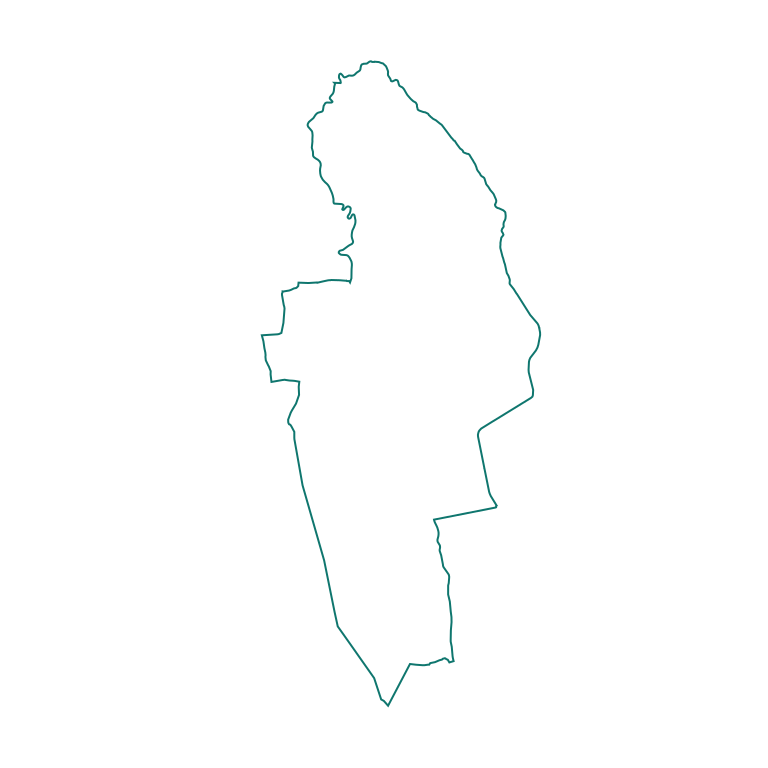 Weststellingwerf, Friesland, Netherlands, rotated 111°
{"feature_id": "6326949B61615489066760", "entity_name": "Weststellingwerf", "entity_type": "district", "adm_level": 2, "iso_a3": "NLD", "parent_name": "Netherlands", "parent_adm1": "Friesland", "projection": "albers", "projection_center": [6.005, 52.872], "detail": "fine", "context": "isolated", "style": "outline", "palette": "teal", "viewbox_px": 768, "rotation_deg": 111, "n_neighbors": 0, "source": "geoboundaries", "source_scale": "gbopen_adm2", "svg_char_len": 6094}
<svg xmlns="http://www.w3.org/2000/svg" viewBox="0 0 768 768"><g transform="rotate(111 384 384)"><path d="M252.3,292.2L252.1,292.7L248.9,296.9L245.9,302.0L245.5,302.5L244.9,302.9L242.1,303.7L241.2,304.2L238.4,306.6L236.4,309.1L228.9,314.0L227.3,315.4L223.7,318.0L222.6,319.0L215.4,324.1L214.0,324.7L212.2,325.2L210.5,325.9L206.0,326.8L205.2,326.9L202.5,326.0L201.8,326.0L200.3,327.4L199.5,328.6L198.6,329.2L196.8,329.3L194.7,328.7L193.8,328.8L192.3,329.6L190.8,330.0L189.7,330.1L187.4,329.8L186.0,329.9L183.5,330.6L180.4,332.2L180.0,332.6L179.1,334.8L179.0,336.4L178.8,339.6L179.0,341.2L178.5,343.0L178.1,343.6L177.6,344.2L176.6,344.7L176.2,344.5L175.7,344.6L174.0,344.5L172.6,344.9L171.5,345.7L167.5,349.6L166.6,351.0L165.0,354.0L162.3,357.6L161.7,358.8L160.8,360.2L156.3,363.7L155.7,364.4L155.3,365.6L155.0,367.4L154.3,368.7L153.1,370.0L151.2,373.1L150.1,374.3L148.7,375.3L146.2,377.6L144.6,379.7L143.1,381.5L142.2,382.8L139.3,386.5L139.0,387.7L139.3,389.0L139.3,392.1L139.0,393.2L138.0,394.0L137.4,395.3L136.9,397.3L134.0,401.9L131.6,405.2L131.7,406.0L131.4,406.6L130.5,408.0L129.9,409.4L121.8,422.3L121.3,423.2L120.9,424.9L119.2,430.1L118.9,432.7L118.7,433.7L118.2,434.9L117.8,436.3L117.3,437.2L116.9,438.4L116.0,439.5L115.9,439.9L115.7,441.6L115.6,443.0L115.8,443.8L116.0,444.8L116.1,449.0L115.8,450.6L115.4,451.1L114.5,451.6L113.4,452.5L111.4,453.4L110.0,455.1L109.8,455.8L109.5,458.0L108.4,460.9L107.7,462.3L106.4,464.7L106.0,465.5L104.9,467.0L101.7,470.9L101.1,471.9L100.5,473.2L100.2,475.9L100.0,476.5L99.0,477.5L96.4,479.4L95.8,480.2L95.7,481.0L95.9,482.1L98.4,484.5L98.6,485.1L98.6,485.9L98.5,486.1L96.7,487.6L95.3,489.6L94.4,490.8L93.0,491.5L91.2,492.0L90.0,492.8L87.7,494.9L86.6,496.1L86.4,496.6L85.1,499.8L85.1,500.2L85.3,501.2L85.3,504.2L86.5,508.3L86.8,508.4L87.6,510.5L87.4,511.5L87.6,512.2L88.3,513.1L90.8,514.7L91.3,515.4L92.3,517.7L93.6,519.2L94.7,519.5L96.5,519.3L98.9,518.8L99.9,518.9L100.8,519.4L103.0,521.0L105.8,522.3L106.7,523.0L107.3,523.7L107.9,525.0L108.3,526.6L108.6,527.3L111.1,529.6L111.9,530.8L111.9,531.2L111.8,531.7L110.4,533.9L109.9,535.2L109.8,535.6L109.9,535.9L110.6,536.5L111.8,536.6L113.8,536.0L114.8,535.3L116.0,533.7L116.4,533.4L118.0,532.4L118.6,532.4L120.6,538.3L120.9,537.7L121.4,537.3L124.2,537.0L128.2,535.9L129.8,535.7L131.3,535.8L134.9,537.1L136.0,537.2L136.7,537.0L137.1,536.7L138.6,533.6L138.9,533.3L139.3,533.3L140.0,533.8L140.7,535.4L141.7,538.2L142.2,538.9L143.0,539.5L146.0,540.0L150.3,539.1L151.3,539.2L152.1,539.7L152.7,540.5L154.3,542.7L155.6,543.7L157.4,544.4L161.1,545.2L166.2,548.0L167.8,548.3L168.9,548.3L170.0,547.9L171.0,547.0L173.5,542.4L174.0,541.7L175.0,541.0L177.4,539.8L181.4,538.5L183.3,537.7L189.2,536.1L190.1,535.5L192.6,533.6L196.3,532.0L196.9,531.4L197.4,530.5L198.0,528.1L198.3,526.2L199.0,524.4L199.7,523.3L200.2,522.8L200.9,522.2L202.5,521.4L205.8,520.8L207.7,520.2L210.4,518.9L212.4,517.6L213.2,516.8L215.2,514.4L216.7,511.4L217.6,509.0L218.2,507.8L219.3,506.2L220.2,505.2L224.2,501.2L226.4,499.4L229.5,497.4L232.1,496.4L232.9,495.9L233.3,495.4L233.3,494.7L231.5,489.0L231.2,488.0L231.2,487.3L231.3,486.7L231.7,485.9L232.6,485.5L235.8,485.6L236.1,485.2L236.2,484.7L235.9,484.1L235.5,483.8L232.9,482.8L231.5,481.9L231.1,481.2L231.0,480.7L231.0,479.9L231.2,479.0L231.7,478.3L232.3,477.9L235.0,477.3L236.8,477.2L240.0,477.9L241.1,477.8L241.7,477.4L242.2,476.4L242.1,475.7L241.2,474.8L240.5,474.6L237.9,474.4L237.0,474.0L236.7,473.5L236.6,473.0L236.9,472.3L237.3,471.9L241.4,469.3L243.4,468.6L244.9,468.3L248.4,468.2L251.9,468.5L253.9,468.2L256.0,467.7L257.7,467.1L259.2,466.2L261.8,464.1L262.4,463.8L263.4,463.7L264.8,464.2L266.8,466.0L268.2,467.0L273.4,470.3L273.9,470.9L275.5,473.1L276.3,473.4L277.0,473.5L277.8,473.2L278.0,472.9L278.5,471.6L278.7,470.6L278.4,469.3L277.2,465.5L277.1,464.5L277.2,463.7L277.6,462.8L278.4,461.5L280.0,459.7L281.3,458.3L282.9,457.3L284.5,456.6L288.5,455.4L297.0,452.3L301.4,452.1L300.4,453.4L301.2,455.6L301.0,456.2L301.2,456.4L303.0,462.5L305.6,469.9L306.0,470.9L306.3,471.2L306.9,472.7L307.4,473.6L310.2,477.9L313.4,482.6L313.2,482.9L313.4,483.3L316.8,490.7L320.0,500.1L323.3,499.2L324.8,499.8L325.7,500.3L326.1,500.8L326.9,502.1L327.2,502.5L329.2,504.3L330.7,506.0L333.7,511.1L333.9,511.9L334.7,511.6L336.3,511.6L337.5,511.1L346.2,505.9L347.6,504.8L349.2,503.9L363.0,499.8L373.1,498.1L375.1,500.1L375.9,501.5L382.3,515.5L387.3,511.9L393.4,508.5L397.1,506.1L399.5,504.9L401.2,504.4L404.3,502.8L408.2,498.7L408.8,497.9L412.6,494.4L415.7,493.3L422.4,489.8L416.6,480.1L415.6,478.2L415.5,477.7L415.5,477.4L414.6,473.4L413.7,470.6L413.1,468.5L412.2,463.9L417.2,462.6L424.6,459.4L433.8,459.1L441.7,460.5L444.2,460.8L451.7,460.7L454.0,459.7L454.6,459.3L455.6,458.2L455.6,456.9L456.7,455.3L460.8,450.6L466.0,448.6L467.6,447.9L507.8,423.7L570.1,376.7L614.6,348.4L626.9,340.3L636.5,325.9L662.1,287.8L679.5,273.6L679.9,270.6L682.9,264.9L636.1,259.4L634.6,253.5L632.7,247.2L632.1,245.6L630.3,242.4L629.8,241.2L628.0,240.8L625.4,236.7L622.0,233.2L620.5,231.1L619.5,230.7L618.2,228.9L618.2,228.2L618.5,227.4L618.6,225.6L620.5,223.2L617.8,219.7L615.0,221.6L613.6,222.4L605.0,226.6L600.8,229.3L599.4,229.9L590.0,233.3L582.1,235.6L577.4,237.5L572.6,240.1L563.5,244.6L557.5,248.7L549.1,251.9L546.7,252.2L541.3,253.8L540.3,254.2L538.8,255.2L538.4,255.7L533.7,262.7L532.6,263.7L531.4,264.3L523.5,269.2L520.0,272.1L519.0,272.6L516.7,273.0L515.3,273.6L514.6,274.1L512.2,277.2L511.4,277.8L510.2,278.3L506.7,278.7L505.1,279.1L503.4,279.7L501.8,280.6L499.0,282.7L497.5,284.2L494.9,287.0L493.6,288.1L492.7,288.7L459.8,236.3L459.2,235.4L458.9,235.2L458.5,235.2L458.1,235.5L457.3,235.6L457.0,235.8L456.9,235.6L450.3,244.2L448.5,246.0L447.0,247.2L427.0,259.9L426.9,260.1L426.2,260.4L399.5,277.3L397.8,278.1L396.1,278.4L394.5,278.5L393.3,278.3L390.8,277.3L379.7,268.9L379.5,268.7L344.3,241.8L342.6,240.9L341.1,241.0L336.1,242.6L321.3,253.0L319.0,254.1L311.4,256.6L309.3,256.9L307.1,256.8L298.3,254.2L295.0,253.8L292.0,254.0L282.3,255.8L279.9,256.8L275.9,259.3L275.8,259.2L275.6,259.4L275.7,259.5L274.1,260.6L273.0,261.8L272.5,262.4L267.2,272.2L252.3,292.2Z" fill="none" stroke="#0f766e" stroke-width="2"/></g></svg>